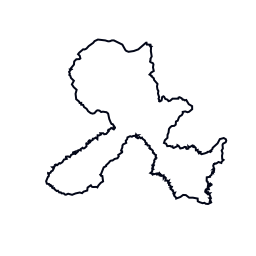 Sop Moei, Mae Hong Son, Thailand, rotated 76°
{"feature_id": "78962969B61327440501471", "entity_name": "Sop Moei", "entity_type": "district", "adm_level": 2, "iso_a3": "THA", "parent_name": "Thailand", "parent_adm1": "Mae Hong Son", "projection": "robinson", "projection_center": [98.073, 17.904], "detail": "fine", "context": "isolated", "style": "outline", "palette": "ink", "viewbox_px": 256, "rotation_deg": 76, "n_neighbors": 0, "source": "geoboundaries", "source_scale": "gbopen_adm2", "svg_char_len": 5870}
<svg xmlns="http://www.w3.org/2000/svg" viewBox="0 0 256 256"><g transform="rotate(76 128 128)"><path d="M183.3,45.2L182.1,43.0L180.9,44.1L177.7,43.5L175.2,42.3L172.6,42.6L170.8,40.9L167.3,40.4L166.2,39.5L165.5,36.7L164.0,35.7L162.6,35.8L160.9,37.5L161.0,41.6L164.6,44.8L167.7,50.6L168.7,51.1L170.0,53.0L170.7,52.8L171.1,53.7L170.2,54.0L170.7,55.0L170.4,56.6L170.9,57.0L171.2,59.6L171.2,63.0L170.0,64.0L168.9,63.3L168.2,64.6L169.3,65.4L166.9,66.2L166.1,65.8L166.0,67.5L163.7,67.1L161.5,68.4L162.3,69.0L162.0,69.5L160.6,69.9L161.5,72.8L160.9,73.4L161.4,73.9L160.9,74.1L162.6,74.5L162.6,75.9L162.0,76.5L160.5,76.4L160.0,77.7L160.6,79.5L160.5,82.2L157.6,83.2L156.6,84.2L157.6,84.6L158.4,88.5L157.6,89.4L156.5,89.3L156.4,90.7L155.6,91.4L155.1,94.3L152.5,94.8L151.2,96.7L148.8,95.2L147.1,92.1L144.2,91.3L142.3,89.8L138.9,88.5L137.7,87.1L136.7,85.2L137.1,82.6L136.3,80.9L133.3,79.9L132.9,78.0L130.0,76.0L129.1,74.8L128.6,72.8L127.1,71.3L125.6,71.0L125.8,68.4L127.1,66.4L127.0,64.8L125.3,61.2L122.3,60.5L119.6,63.3L114.9,64.7L114.9,66.3L113.8,67.3L113.7,68.2L112.2,68.7L110.6,70.5L110.7,71.6L111.7,72.1L110.3,77.7L111.7,80.4L111.7,82.2L110.1,82.8L108.8,84.8L106.4,85.4L105.8,86.0L106.2,87.3L109.4,88.8L109.9,90.7L109.5,91.3L108.1,90.9L107.0,91.3L105.6,90.3L101.9,90.6L99.4,89.6L97.5,90.1L94.6,89.8L92.4,88.7L87.6,91.1L86.1,90.9L83.4,92.8L83.0,92.5L81.4,94.2L79.8,92.1L78.9,89.2L75.2,89.1L72.4,87.9L71.1,88.2L69.5,90.3L68.7,90.5L67.4,89.6L66.5,89.6L64.3,87.7L58.8,87.2L55.0,86.0L54.7,86.3L54.5,85.7L54.0,86.3L53.2,86.1L53.0,86.7L52.5,86.4L51.6,89.5L49.7,89.4L49.6,89.9L54.2,99.0L54.7,103.8L54.2,109.0L52.8,111.0L51.7,111.7L45.7,113.3L39.6,120.5L39.1,122.4L39.4,124.7L39.1,126.3L37.5,128.9L34.9,135.8L35.6,139.4L37.0,141.2L39.0,146.3L40.9,149.1L41.3,151.1L40.8,152.5L43.1,157.1L44.3,158.6L46.2,157.4L49.0,157.4L49.4,158.4L48.8,161.5L50.4,164.1L53.4,165.1L56.2,168.9L57.2,168.5L57.1,170.1L58.0,169.8L59.3,171.6L61.2,171.3L62.3,172.1L63.2,171.4L65.7,171.2L69.1,169.1L72.1,171.9L75.2,170.8L78.5,168.6L82.1,170.6L87.5,171.3L90.6,169.0L92.0,168.9L92.3,167.3L94.0,167.8L94.8,165.9L97.0,165.6L99.4,163.5L102.1,162.6L104.5,160.6L105.5,158.8L105.5,157.0L103.6,154.2L103.5,153.0L104.3,151.4L106.0,150.2L106.1,148.4L107.5,145.0L109.2,143.8L114.8,144.0L118.7,143.4L120.1,143.0L120.6,141.9L122.8,141.1L123.5,141.7L124.3,140.5L124.7,140.6L125.9,142.1L123.9,144.3L124.9,146.0L124.9,147.4L125.5,147.9L126.3,147.4L128.5,150.6L128.3,152.6L127.1,153.3L126.4,156.1L127.8,155.9L128.2,157.8L127.7,159.2L131.3,160.4L129.5,161.6L130.1,163.4L129.9,164.7L131.0,165.1L131.5,167.1L132.5,168.1L132.0,168.6L130.7,168.4L130.8,168.9L131.5,169.7L132.8,168.9L133.7,170.7L132.8,171.6L132.9,172.2L135.8,172.7L137.1,175.2L137.0,176.3L136.2,176.8L137.0,179.0L138.3,179.3L137.6,180.8L137.7,181.9L138.7,182.2L140.5,185.4L140.1,186.1L138.1,184.7L138.4,187.2L139.9,187.4L140.3,189.6L142.2,191.4L141.1,193.0L140.8,195.1L141.3,195.4L143.1,194.9L143.1,197.7L145.3,200.0L146.1,202.3L145.5,203.1L146.9,205.6L146.0,206.8L146.1,207.4L146.8,207.1L147.4,208.9L148.1,209.1L147.8,210.9L149.4,209.9L151.1,211.4L151.6,213.2L152.6,213.9L152.9,215.6L152.4,216.4L153.1,216.6L153.9,215.9L155.8,216.7L156.0,217.5L159.8,220.3L162.4,220.2L163.3,218.2L164.7,218.4L163.9,217.9L164.5,217.0L165.5,217.3L165.6,216.3L166.4,216.1L166.5,215.4L167.6,216.0L168.4,215.2L168.5,214.2L169.8,214.0L171.9,212.4L171.9,211.2L173.9,210.3L174.2,208.8L175.3,208.3L175.9,206.2L177.3,205.3L177.7,204.4L177.3,202.0L179.3,198.4L178.8,194.7L178.9,190.5L180.1,188.3L179.0,186.5L178.8,182.7L176.0,181.6L174.6,177.9L176.1,177.4L176.7,176.5L177.6,172.7L178.2,172.1L176.6,170.6L174.6,167.7L173.8,165.1L168.4,164.5L167.9,165.7L166.6,166.2L166.3,165.4L160.3,161.1L159.7,158.5L158.9,158.3L156.7,154.4L156.0,153.9L155.5,152.2L155.8,150.8L154.8,148.5L154.8,145.5L153.2,143.8L151.8,144.0L150.2,139.6L149.1,139.3L148.3,140.2L145.5,138.2L143.6,137.6L142.7,136.6L142.0,133.3L139.9,133.3L138.6,131.5L137.0,130.8L136.5,127.9L137.4,126.3L137.0,125.1L137.3,122.4L136.3,121.8L137.2,121.5L137.5,119.9L138.4,121.9L138.3,122.6L138.9,122.4L140.4,120.8L139.6,119.0L140.9,118.2L140.7,116.8L141.8,116.6L144.3,114.6L146.1,114.6L147.1,113.7L148.0,114.5L148.3,113.5L149.7,113.2L149.8,112.2L150.7,111.3L152.6,112.1L152.9,111.4L153.8,111.5L154.3,110.5L156.0,109.4L158.0,109.8L158.4,109.0L159.8,108.7L161.0,107.4L162.4,108.1L163.8,107.7L164.0,108.5L164.7,108.6L164.8,109.6L166.2,110.6L167.1,110.5L169.5,112.4L170.3,111.8L171.1,112.7L170.7,113.4L172.1,113.2L172.8,114.2L174.1,113.4L174.3,114.0L173.9,114.3L176.2,115.2L177.1,117.1L177.9,116.0L179.1,115.4L178.6,114.6L179.1,114.2L179.1,111.0L180.1,111.2L180.3,110.1L179.7,109.3L180.6,109.1L179.9,108.5L180.8,108.4L180.7,107.9L182.2,108.0L182.4,107.5L181.5,107.2L182.8,105.9L182.6,105.0L185.1,105.5L184.1,104.4L185.6,103.4L188.1,104.5L188.6,102.5L189.5,102.2L189.2,101.3L190.8,102.3L191.4,101.0L191.9,101.8L193.3,102.0L194.1,100.8L195.5,101.0L195.8,99.8L196.6,100.4L196.6,101.0L196.9,100.7L197.7,101.3L199.3,99.6L199.6,100.0L202.0,99.2L202.2,99.6L202.2,98.1L203.1,98.8L203.1,99.7L204.1,99.3L204.8,99.6L207.2,98.2L208.1,98.3L207.6,93.8L206.3,90.7L207.1,88.1L210.4,85.5L211.3,81.9L213.3,77.5L216.0,78.0L217.2,76.6L219.0,73.8L219.1,71.9L220.3,70.9L221.1,68.7L220.3,65.3L218.9,65.5L218.8,66.3L217.0,65.3L215.8,66.0L215.9,64.6L212.3,65.0L212.0,65.6L211.2,64.4L211.0,65.7L210.3,65.7L210.9,66.5L209.9,66.6L210.3,67.4L209.7,67.8L209.2,67.3L208.5,68.5L207.0,67.8L206.5,67.1L207.3,66.7L206.7,66.1L207.0,64.3L205.8,64.4L205.5,65.0L204.5,64.0L204.1,63.9L204.1,64.7L202.7,64.1L204.2,62.9L203.3,60.6L202.7,60.7L202.5,61.6L201.8,61.7L202.1,62.9L200.1,64.0L199.4,63.7L198.3,64.5L194.9,63.5L195.2,60.2L194.5,60.1L193.6,58.2L191.6,57.2L192.1,56.6L191.2,56.6L191.3,55.3L190.2,55.4L190.1,54.8L189.0,54.4L188.7,55.7L187.9,54.3L185.3,54.5L183.7,53.4L183.9,52.6L183.4,52.2L183.8,50.9L182.9,48.4L184.5,45.9L183.3,45.2Z" fill="none" stroke="#020617" stroke-width="2"/></g></svg>